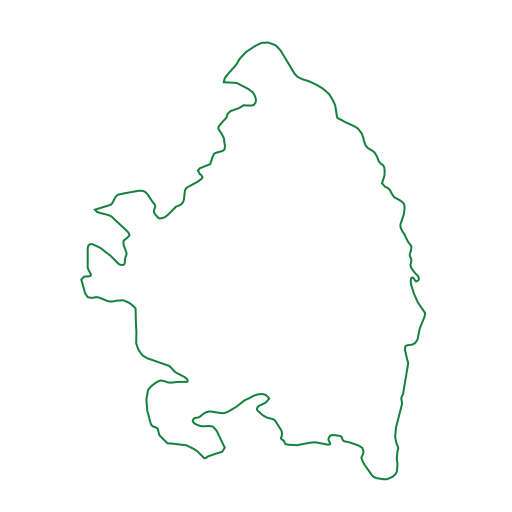 Lara, Natural Earth projection, rotated 94°
{"feature_id": "VEN-34", "entity_name": "Lara", "entity_type": "State", "adm_level": 1, "iso_a3": "VEN", "parent_name": "Venezuela", "parent_adm1": "", "projection": "natural_earth1", "projection_center": [-69.693, 10.08], "detail": "fine", "context": "isolated", "style": "outline", "palette": "green", "viewbox_px": 512, "rotation_deg": 94, "n_neighbors": 0, "source": "natural_earth", "source_scale": "10m", "svg_char_len": 5418}
<svg xmlns="http://www.w3.org/2000/svg" viewBox="0 0 512 512"><g transform="rotate(94 256 256)"><path d="M449.7,312.2L449.0,325.6L449.0,328.5L449.1,330.9L449.1,331.2L441.9,339.4L441.0,340.1L435.4,341.9L434.4,343.1L433.8,344.6L433.5,346.0L433.0,347.2L432.3,348.1L431.5,348.8L430.4,349.4L417.8,353.7L407.2,355.3L398.9,354.6L396.5,353.9L394.8,352.8L392.8,351.0L389.2,346.9L387.7,344.6L386.9,342.5L386.9,340.9L387.4,338.0L388.2,335.4L388.4,334.1L388.2,331.2L387.1,325.7L386.4,316.5L385.9,315.5L384.5,315.5L383.2,316.7L381.8,318.7L377.5,328.5L371.8,334.6L366.8,352.9L365.6,357.5L362.9,362.5L357.5,366.9L351.6,369.4L340.3,370.0L329.5,371.3L323.1,371.9L316.6,372.5L313.9,375.7L311.8,378.8L309.4,385.2L309.8,388.3L310.2,391.4L311.2,395.2L311.5,396.6L311.5,399.7L311.3,400.9L308.4,409.5L308.2,411.8L308.3,413.5L308.8,414.7L309.1,416.1L309.2,417.7L309.0,419.3L308.8,420.9L305.4,423.8L291.7,428.6L288.6,426.1L288.1,423.3L288.1,421.7L287.7,420.4L287.1,419.5L286.0,419.4L284.6,420.1L282.5,421.6L279.4,423.1L260.4,424.4L258.8,424.3L256.9,423.7L255.8,422.1L255.6,420.7L255.9,419.2L258.7,412.0L260.6,409.0L262.0,407.1L265.9,401.1L273.5,392.5L274.0,391.3L274.3,390.1L274.3,388.7L274.0,387.5L273.0,386.6L271.5,386.4L269.2,386.5L267.6,386.4L266.2,386.1L263.9,385.4L262.6,385.3L260.7,385.9L253.7,389.0L251.5,389.2L250.0,389.1L248.9,388.0L248.3,387.3L246.8,385.7L245.0,384.2L244.1,383.7L242.4,384.3L240.4,386.1L226.7,402.9L226.0,404.5L225.3,406.8L224.0,414.5L223.1,417.8L221.0,419.9L215.4,405.4L214.7,404.2L213.5,403.2L206.5,400.0L204.5,398.0L202.8,392.2L199.1,377.6L199.0,376.1L198.9,374.4L199.2,372.7L199.8,371.0L201.3,369.3L202.4,368.2L209.8,362.5L210.7,361.5L212.0,360.5L213.1,360.0L214.3,360.0L217.8,361.0L219.0,360.9L220.1,360.5L221.0,359.9L224.4,356.6L225.0,355.6L225.3,354.3L224.7,352.2L224.1,350.7L223.5,349.4L220.8,346.5L212.5,339.4L211.4,337.1L210.3,335.1L209.5,334.2L208.7,333.5L207.8,332.8L206.2,332.2L204.2,331.8L196.2,331.5L194.7,331.1L193.3,330.4L191.8,328.7L186.5,320.1L185.9,319.4L185.3,318.6L182.8,315.7L181.9,315.1L181.0,314.9L179.8,315.8L178.9,316.6L178.2,317.7L174.6,319.9L172.4,318.1L170.8,314.9L167.6,308.1L160.0,306.2L156.8,304.9L155.7,302.7L153.6,296.8L152.0,294.9L149.0,294.6L140.9,296.2L138.8,297.4L135.0,299.9L131.8,302.4L129.6,302.4L124.8,299.0L120.2,295.2L116.2,294.3L113.2,291.5L109.5,283.0L106.5,278.9L106.5,276.4L106.3,271.4L105.4,268.6L102.5,267.0L99.8,267.0L96.3,268.3L93.1,270.5L89.8,275.5L84.7,287.4L84.9,300.3L80.6,299.5L77.4,297.4L66.6,289.1L60.5,286.1L53.3,280.3L46.5,271.5L43.0,265.3L42.2,258.6L44.4,251.1L49.4,245.7L71.0,230.6L74.2,227.3L75.6,224.4L76.7,221.0L77.8,216.0L79.9,210.2L81.7,206.0L84.2,201.4L85.6,199.4L87.1,197.2L90.0,193.9L95.4,190.1L100.0,187.6L104.7,186.4L109.0,185.5L112.2,184.7L113.3,183.0L114.4,180.1L116.2,176.4L117.3,173.4L119.8,166.8L121.6,163.4L126.2,159.2L130.5,157.2L133.8,156.3L138.4,154.2L140.9,151.3L142.7,147.6L144.3,145.1L147.3,142.9L153.2,139.9L154.8,138.3L156.7,135.5L158.2,134.4L161.8,133.6L166.9,133.5L174.7,135.4L178.2,131.7L178.4,130.4L179.5,128.6L181.0,126.9L184.7,124.7L187.8,122.1L190.4,116.3L191.6,114.3L192.4,113.4L193.2,112.6L194.1,111.9L195.7,111.4L197.7,111.1L203.8,111.4L214.3,114.1L216.0,114.0L218.0,113.5L221.3,111.6L224.3,109.3L231.0,105.5L234.9,102.1L236.4,101.6L239.4,101.8L241.2,102.1L242.7,102.6L244.0,102.7L245.5,102.4L247.4,101.3L249.1,100.7L251.6,100.9L253.3,101.2L255.2,101.1L257.1,100.2L260.1,97.9L262.8,95.2L263.5,94.3L264.3,93.4L265.3,92.7L266.4,92.1L268.1,92.0L269.0,92.3L270.2,94.6L268.5,96.2L267.7,96.7L266.9,97.5L266.6,98.4L266.9,99.3L268.0,99.7L269.3,99.9L271.3,99.8L273.7,99.3L283.0,95.6L291.2,91.2L301.0,83.4L303.0,83.4L305.7,83.9L316.9,87.6L328.4,89.1L332.0,91.5L332.7,92.5L333.4,93.9L334.1,96.5L334.3,97.9L334.7,99.2L335.2,100.4L336.8,100.9L338.9,100.9L348.7,98.0L351.2,97.0L352.5,96.7L383.4,99.7L384.6,100.1L385.7,100.6L386.9,101.0L388.4,101.1L392.3,100.1L394.0,100.1L417.4,104.4L426.5,104.6L432.1,103.2L437.3,100.8L438.6,100.7L441.0,101.3L448.8,101.4L453.8,100.3L461.2,100.4L464.3,101.9L465.4,103.1L466.6,104.1L469.6,109.9L469.8,113.2L469.3,119.6L469.0,121.0L468.1,123.4L466.2,125.4L456.0,133.7L452.5,135.8L449.9,136.8L445.4,135.3L444.6,135.2L443.7,135.2L442.6,135.5L440.4,136.3L439.2,137.9L437.9,140.6L435.3,150.2L434.8,154.4L434.3,155.8L433.3,156.8L430.3,158.0L429.6,159.9L429.2,165.8L429.3,167.7L430.0,169.2L431.7,170.5L433.2,170.9L434.5,170.8L437.4,169.1L438.4,168.8L438.9,169.6L439.2,171.1L437.7,183.6L438.0,186.2L438.6,189.5L441.9,202.0L442.0,210.5L441.6,213.6L438.5,215.2L437.2,217.3L436.7,218.0L435.7,218.5L434.4,217.9L432.9,217.7L430.4,217.8L428.3,218.5L419.3,225.1L418.1,226.4L417.5,227.9L417.0,230.9L416.4,233.7L415.9,234.9L414.9,237.2L413.6,239.2L411.4,241.8L410.4,243.3L409.7,244.0L408.7,244.4L406.9,244.0L405.4,242.7L401.5,236.0L397.3,232.9L395.6,234.4L394.3,236.2L393.8,237.2L393.5,238.3L393.4,239.2L393.3,240.3L393.7,243.5L394.0,244.7L395.6,248.5L399.2,254.3L399.7,255.4L400.9,257.5L407.8,265.1L413.1,272.8L414.2,274.9L414.7,276.2L415.1,277.7L415.2,279.1L414.3,290.1L414.4,291.7L414.7,293.0L415.1,294.3L415.7,295.4L417.0,297.3L420.1,300.7L420.7,301.7L421.3,302.9L421.8,305.3L422.1,306.0L422.7,306.7L423.7,307.3L425.2,307.6L426.5,306.7L427.7,305.0L429.0,301.5L429.5,299.2L429.6,297.3L428.9,290.8L429.0,288.2L429.3,286.8L433.2,283.0L449.4,273.8L453.8,276.2L455.3,280.6L459.3,290.0L460.8,291.7L461.2,292.6L461.2,293.7L455.1,300.6L453.0,304.2L449.7,312.2Z" fill="none" stroke="#15803d" stroke-width="2"/></g></svg>